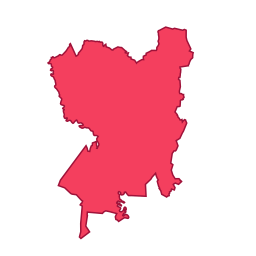 the district of Madlienas pag., Ogre, Latvia, rotated 76°
{"feature_id": "27541924B46168997034550", "entity_name": "Madlienas pag.", "entity_type": "district", "adm_level": 2, "iso_a3": "LVA", "parent_name": "Latvia", "parent_adm1": "Ogre", "projection": "mercator", "projection_center": [25.197, 56.816], "detail": "fine", "context": "isolated", "style": "filled", "palette": "rose", "viewbox_px": 256, "rotation_deg": 76, "n_neighbors": 0, "source": "geoboundaries", "source_scale": "gbopen_adm2", "svg_char_len": 5824}
<svg xmlns="http://www.w3.org/2000/svg" viewBox="0 0 256 256"><g transform="rotate(76 128 128)"><path d="M137.4,69.8L135.2,70.2L134.2,70.2L133.8,70.7L133.9,70.9L133.6,71.1L133.7,71.3L134.2,72.4L135.3,73.8L132.8,73.6L133.0,74.5L132.7,75.6L131.1,75.9L129.6,76.8L128.2,76.8L127.5,77.2L127.3,77.0L126.7,77.1L123.8,78.5L119.2,75.1L119.3,74.2L119.6,73.4L119.4,72.2L115.1,70.8L114.4,70.8L113.5,69.6L113.8,68.3L113.5,67.5L112.7,67.6L112.0,66.3L110.8,66.2L109.7,66.3L109.0,66.0L108.8,66.9L107.6,67.8L107.1,69.4L106.1,69.5L104.6,69.2L100.6,67.2L94.3,66.1L93.1,67.2L91.2,66.5L91.5,65.4L89.0,64.4L88.3,64.3L87.0,63.6L83.6,62.5L82.9,63.0L81.4,62.9L82.2,54.4L81.7,54.4L80.8,53.4L78.9,52.3L77.4,51.1L76.4,50.0L75.7,48.5L75.1,48.1L74.7,48.1L71.7,47.1L70.7,46.5L68.1,49.8L66.5,47.9L57.3,49.7L53.9,49.6L47.2,47.9L46.0,49.5L46.4,51.2L42.5,58.8L42.8,60.7L39.2,67.0L41.0,74.4L40.9,74.8L41.5,75.5L42.2,75.7L43.1,75.5L45.0,75.9L47.0,76.0L48.3,76.3L49.5,76.7L51.0,77.8L53.8,77.6L55.4,78.8L56.1,79.7L56.4,80.1L57.0,80.6L58.9,81.1L59.6,81.8L58.4,86.5L58.7,87.0L59.3,89.4L59.9,92.3L61.5,92.7L62.1,95.7L63.9,96.3L65.4,96.3L65.0,98.0L66.0,101.7L66.8,103.7L67.1,104.0L63.8,105.2L61.8,108.3L60.0,108.0L59.7,109.1L59.1,110.1L57.6,111.0L55.2,109.5L55.1,110.5L54.4,112.4L53.8,112.3L53.3,111.1L52.5,111.9L48.4,114.7L47.8,116.5L46.9,118.2L48.0,123.1L48.7,123.7L48.6,124.2L48.1,125.0L45.9,126.6L44.0,129.5L41.4,129.3L42.1,131.0L43.0,131.8L42.8,132.1L42.0,132.4L40.1,132.1L39.6,131.9L38.3,132.5L38.1,134.0L37.1,134.8L37.3,135.4L36.6,136.6L36.2,138.9L35.7,139.6L34.6,142.3L34.2,145.0L33.7,145.5L33.3,145.8L33.0,146.6L33.3,148.4L32.9,149.0L33.2,149.1L33.7,149.8L35.5,150.3L36.4,150.8L36.9,152.0L38.8,152.7L40.0,153.4L41.9,155.8L43.4,158.0L44.6,158.3L45.6,160.2L45.7,161.0L32.2,163.5L32.7,164.4L34.8,164.9L35.3,166.3L37.0,168.0L38.4,169.6L41.3,174.1L41.2,175.3L40.5,176.0L40.3,176.5L41.2,178.4L42.0,181.9L41.9,182.9L40.8,183.5L40.7,183.9L41.2,184.4L41.1,185.2L41.4,185.1L42.1,185.4L43.0,186.8L44.4,187.8L45.1,188.7L45.4,189.8L45.9,189.8L46.4,189.4L46.8,187.5L47.5,187.0L49.4,187.3L50.7,186.4L51.5,186.8L51.8,187.3L52.0,188.3L53.0,189.1L53.3,189.2L53.8,188.6L54.0,188.2L53.9,187.2L54.2,186.7L54.9,186.6L56.1,187.2L57.5,187.2L57.7,187.4L57.7,187.8L57.6,188.2L57.0,189.0L57.0,189.6L57.6,190.0L58.1,190.1L59.0,189.6L60.2,188.2L60.6,187.9L63.0,187.6L64.4,187.1L65.6,187.4L66.9,187.3L68.8,187.6L69.3,188.7L69.6,189.0L70.2,189.2L71.0,189.0L71.8,188.6L72.4,188.0L76.5,186.4L78.0,186.5L79.5,186.3L80.3,187.1L80.6,187.1L83.5,185.3L84.5,185.5L86.1,186.6L88.1,187.6L89.0,187.3L89.3,187.0L90.7,184.7L91.4,184.4L92.2,184.9L92.7,186.1L93.3,186.6L93.9,186.3L94.6,185.4L94.9,185.5L95.5,186.5L96.7,186.7L99.4,186.5L101.3,187.4L102.9,187.2L103.5,186.7L103.5,185.9L103.4,185.3L103.5,184.8L103.7,184.6L104.5,184.9L105.2,185.8L105.9,186.3L106.3,186.0L106.8,185.1L106.4,183.3L106.6,182.4L106.9,181.9L109.0,181.1L110.1,180.3L110.1,179.9L110.0,179.6L108.7,177.9L107.8,176.2L108.2,175.7L109.6,175.6L111.2,175.0L111.5,173.8L111.4,173.3L111.6,172.3L112.7,171.2L113.6,170.8L114.0,170.7L114.5,171.0L114.5,171.6L114.1,173.6L114.1,174.5L114.2,174.9L114.6,174.9L115.3,174.6L116.9,172.9L117.1,172.4L117.2,171.6L116.8,169.8L117.4,168.8L117.9,168.0L118.2,166.6L118.5,166.2L119.3,165.6L121.6,164.7L121.9,164.4L122.6,163.0L122.9,162.8L125.9,163.0L126.9,162.7L127.2,162.3L127.5,160.8L127.9,160.0L128.9,159.0L131.0,161.0L132.5,161.1L136.5,160.1L137.5,160.4L139.4,162.2L140.3,162.7L140.1,163.2L139.2,162.5L137.6,162.7L133.4,162.2L133.6,163.3L133.9,166.1L136.3,166.9L136.5,168.0L138.7,169.5L141.5,170.8L140.7,172.6L137.6,172.5L135.0,173.0L162.1,206.0L162.7,206.5L167.0,209.5L170.7,203.9L177.7,199.4L178.6,198.3L180.3,194.2L186.7,190.8L187.9,189.7L189.9,191.2L189.8,191.7L191.0,193.0L192.7,191.3L193.0,191.4L209.2,197.0L217.2,198.9L222.0,201.5L223.8,200.4L219.5,190.4L213.0,192.7L202.9,188.5L202.5,188.7L199.8,187.8L204.7,173.5L203.6,171.9L203.0,169.7L204.7,166.1L208.3,159.6L211.1,161.8L213.8,161.9L214.8,160.5L216.4,159.7L215.0,155.7L214.9,155.6L214.2,153.0L215.6,150.1L215.6,149.6L215.3,149.2L214.7,148.8L213.5,149.0L212.3,149.6L211.7,150.3L211.5,150.7L211.3,151.4L211.4,152.2L212.1,153.3L212.2,153.8L212.0,154.1L211.5,154.3L209.9,152.9L209.7,152.4L209.5,151.1L208.9,150.4L208.1,150.3L207.7,150.7L207.8,151.3L206.8,151.6L206.4,151.5L206.2,151.2L206.3,150.6L206.9,149.7L206.7,149.5L205.9,149.3L204.7,149.4L204.0,150.1L204.2,150.6L204.4,151.0L206.5,152.3L207.2,153.0L207.7,154.5L207.5,155.3L206.9,156.2L206.0,156.3L204.5,154.7L203.9,154.5L203.4,154.8L202.8,155.4L201.6,157.0L201.2,157.2L200.9,157.1L200.0,156.4L200.0,156.0L201.0,154.3L201.8,153.7L202.0,153.4L201.7,153.1L201.2,153.1L200.5,153.8L199.4,154.3L198.8,154.9L198.4,155.7L198.5,156.8L198.4,157.0L197.9,157.1L197.4,156.8L196.6,155.6L196.5,155.2L196.6,154.9L197.8,153.5L198.0,153.0L198.1,152.0L198.3,151.7L198.7,151.1L199.3,150.8L199.8,150.1L199.4,149.3L199.1,149.4L197.9,150.6L197.1,151.8L195.8,152.3L195.1,153.2L192.1,153.0L190.8,152.3L190.4,152.4L189.5,153.2L188.8,153.2L187.9,152.9L187.5,152.3L187.6,151.9L188.5,151.1L189.4,150.7L190.1,151.3L190.5,151.3L191.4,150.4L191.5,149.1L191.3,148.4L190.7,147.6L189.5,147.0L189.7,146.5L189.5,146.0L189.8,145.6L190.7,145.4L193.2,144.2L193.8,143.6L194.3,141.3L198.6,127.0L186.9,124.7L183.2,118.2L181.4,116.4L178.6,112.2L181.1,112.2L184.2,111.7L185.7,111.2L186.7,112.5L192.0,112.4L194.0,111.9L194.2,112.4L196.8,111.4L200.5,111.3L204.3,107.2L203.6,105.8L203.7,104.7L203.6,104.4L201.7,104.1L201.3,103.3L200.1,103.2L199.7,101.6L197.8,100.6L199.3,98.0L197.2,96.8L193.8,97.8L193.5,97.5L192.9,95.4L194.9,92.6L192.9,88.9L192.5,89.0L191.7,90.0L191.5,89.8L189.5,90.8L189.0,92.8L188.7,94.5L185.8,95.5L184.3,95.9L179.3,96.2L174.5,93.3L172.4,95.0L163.3,91.2L161.3,88.8L161.7,87.5L161.0,86.5L157.4,83.8L151.9,84.3L150.6,80.2L146.0,76.5L144.5,75.0L137.4,69.8Z" fill="#f43f5e" stroke="#9f1239" stroke-width="1.5"/></g></svg>